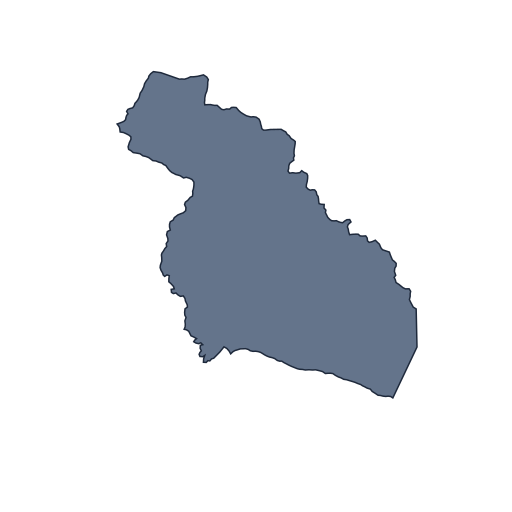 the district of Lençóis, Bahia, Brazil, rotated 128°
{"feature_id": "56859067B12550544073428", "entity_name": "Lençóis", "entity_type": "district", "adm_level": 2, "iso_a3": "BRA", "parent_name": "Brazil", "parent_adm1": "Bahia", "projection": "orthographic", "projection_center": [-41.337, -12.43], "detail": "fine", "context": "isolated", "style": "filled", "palette": "slate", "viewbox_px": 512, "rotation_deg": 128, "n_neighbors": 0, "source": "geoboundaries", "source_scale": "gbopen_adm2", "svg_char_len": 4738}
<svg xmlns="http://www.w3.org/2000/svg" viewBox="0 0 512 512"><g transform="rotate(128 256 256)"><path d="M330.1,306.2L330.8,302.2L332.2,300.2L334.5,302.3L336.7,300.2L336.5,298.0L334.4,296.3L334.7,293.8L334.4,290.8L332.2,288.7L333.2,285.8L334.9,283.9L335.8,282.1L336.8,280.1L338.5,278.6L341.3,279.4L344.3,277.6L346.4,275.7L347.5,273.3L350.9,272.1L353.3,269.7L355.5,268.2L358.0,267.5L357.0,265.5L356.7,262.7L357.8,260.4L358.9,258.1L358.2,255.4L357.7,252.0L360.0,252.5L361.9,252.3L361.6,249.8L360.4,247.2L358.4,246.1L358.7,243.4L360.6,244.9L363.1,243.2L364.4,240.7L366.5,240.8L368.5,240.3L369.7,238.3L368.1,235.9L365.9,235.2L369.2,234.0L372.1,232.0L370.5,229.7L368.1,229.5L367.1,227.8L364.5,227.7L362.6,226.4L354.0,225.4L347.3,225.3L346.8,222.0L347.5,218.5L348.7,215.7L345.8,215.3L343.5,214.4L341.4,212.9L338.9,211.2L337.2,209.2L335.4,207.1L334.4,204.6L334.2,202.2L333.0,199.7L331.3,197.7L330.0,195.4L329.1,193.0L328.8,190.6L328.6,188.4L328.1,185.7L327.3,183.1L326.1,180.6L325.3,178.1L325.2,174.9L324.3,172.6L323.0,171.0L322.8,168.3L322.3,165.9L321.8,163.0L321.1,160.0L320.2,156.9L319.4,154.1L318.4,151.9L316.8,149.6L315.5,147.0L313.0,144.2L311.0,141.2L309.0,139.0L307.3,135.3L306.1,132.4L305.9,129.0L304.1,127.1L302.5,125.1L301.3,123.0L301.2,120.2L300.6,116.6L299.7,114.0L299.2,111.0L297.7,108.4L297.0,106.5L295.6,102.9L294.6,100.2L293.9,97.5L292.8,94.3L292.7,92.2L292.2,90.1L291.7,87.1L290.5,83.9L291.2,81.1L290.8,77.3L290.6,74.1L289.4,72.3L288.2,69.6L286.8,67.3L285.1,65.6L283.8,63.4L283.6,60.8L228.6,73.1L199.1,97.2L199.5,100.6L198.2,103.5L197.3,105.5L195.9,108.3L193.0,109.6L190.8,111.3L188.6,112.4L187.6,115.2L189.9,118.0L190.5,120.7L190.4,126.0L190.7,129.3L188.9,131.7L187.8,134.0L185.2,134.0L183.0,137.4L180.2,139.1L177.7,139.4L175.5,141.0L175.1,143.7L175.1,146.1L173.5,149.0L172.3,151.1L170.8,153.3L172.1,157.0L173.2,160.2L172.6,162.7L170.7,166.1L170.5,168.5L170.1,171.7L173.2,173.3L175.6,175.2L175.4,177.5L173.4,179.4L172.6,181.9L174.9,184.5L176.1,186.4L175.9,188.9L177.5,191.0L179.3,193.1L181.6,195.4L179.8,198.0L178.0,199.9L176.8,201.9L174.5,202.8L170.7,202.1L169.6,204.6L171.4,206.7L173.7,207.6L176.4,208.2L177.5,210.1L178.2,212.1L178.7,214.4L180.2,216.0L181.6,218.1L181.8,220.1L181.4,223.2L180.4,225.2L179.1,228.0L176.8,229.2L176.3,232.0L173.4,234.0L175.1,236.5L175.9,238.5L174.3,240.3L172.6,241.8L170.8,243.8L170.3,245.8L168.4,248.0L167.8,250.5L169.2,252.5L170.7,253.7L171.2,256.0L170.8,258.8L168.6,260.3L165.8,261.5L162.9,263.2L160.8,264.8L159.8,266.7L160.6,269.9L160.6,272.5L163.4,272.8L166.2,275.6L167.8,278.4L170.1,280.6L169.4,283.1L166.9,284.1L164.7,285.7L162.2,286.5L159.6,285.9L157.2,285.2L155.6,286.9L153.4,287.4L151.7,289.3L148.9,291.3L146.3,292.7L143.4,294.3L141.6,295.6L141.5,297.7L141.8,300.7L140.8,303.9L140.9,306.4L139.9,309.0L140.4,311.7L140.7,314.2L147.5,322.6L150.9,325.9L152.2,327.6L152.1,329.9L150.6,331.5L149.3,333.4L147.7,335.2L146.3,337.8L146.5,341.4L148.0,344.0L149.5,345.5L150.5,347.7L151.4,349.9L151.9,353.3L152.2,356.4L152.0,359.2L151.2,363.0L152.7,365.3L154.1,366.8L156.5,367.2L158.3,369.8L160.5,371.3L161.6,373.4L161.2,379.4L162.7,381.2L163.7,383.0L164.7,385.1L166.4,387.2L168.4,389.4L166.8,391.1L164.9,392.2L163.1,393.6L159.8,395.3L156.3,396.3L153.2,397.9L150.5,399.7L148.7,401.1L146.3,402.2L145.3,405.0L145.6,408.9L148.3,411.0L150.4,412.7L153.1,415.4L155.1,417.9L157.9,419.3L160.7,421.2L162.2,423.5L163.8,425.2L170.1,443.8L173.9,450.4L177.2,451.2L180.2,451.2L182.1,450.3L185.5,450.3L188.8,449.9L191.7,448.6L193.6,448.2L195.7,447.7L199.0,447.5L203.0,445.7L205.9,445.2L208.1,445.2L210.2,445.4L212.6,444.5L215.2,444.4L217.5,446.2L219.3,447.2L221.7,447.0L222.8,444.4L224.8,444.5L226.8,443.8L228.9,442.7L231.2,443.0L233.1,444.0L237.5,446.7L238.4,443.3L239.6,441.7L241.9,439.4L240.3,436.5L239.6,433.7L239.0,430.6L239.1,428.0L241.0,426.4L244.6,425.6L248.7,424.0L250.4,422.0L250.0,419.5L250.1,416.4L248.4,413.4L246.8,410.3L246.7,406.8L245.4,404.1L244.5,401.2L244.4,398.6L244.4,396.1L242.7,393.3L242.0,390.6L240.7,387.5L240.8,385.1L240.2,382.8L240.9,380.5L241.5,378.3L241.9,376.3L242.0,373.7L241.5,371.5L241.2,369.5L240.3,367.4L239.4,365.1L239.1,361.1L236.9,359.4L235.7,356.3L235.1,353.4L236.0,350.4L238.3,348.6L240.1,347.5L242.0,346.5L244.0,345.8L245.6,344.3L248.0,342.9L250.3,343.9L254.0,344.0L257.1,344.8L259.4,344.0L261.0,341.0L263.6,339.3L266.7,339.9L269.1,341.4L271.8,342.9L273.9,343.4L276.0,344.0L278.7,343.4L281.8,344.6L284.2,343.7L286.4,342.0L288.3,339.5L291.3,340.9L294.4,339.5L296.5,336.2L298.4,334.6L301.5,334.4L303.6,332.2L306.2,332.4L309.1,332.0L311.6,331.9L313.4,331.2L315.2,329.4L318.1,327.0L322.1,325.7L324.2,324.4L325.7,322.1L326.9,319.1L328.1,317.4L328.3,315.4L325.7,314.5L324.9,312.2L327.4,310.8L330.0,308.8L330.1,306.2Z" fill="#64748b" stroke="#1e293b" stroke-width="1.5"/></g></svg>